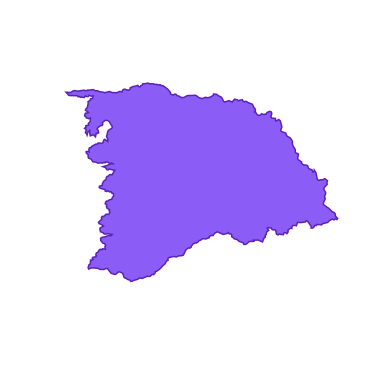 outline of Taguatinga, Tocantins, Brazil, rotated 195°
{"feature_id": "56859067B84121819426000", "entity_name": "Taguatinga", "entity_type": "district", "adm_level": 2, "iso_a3": "BRA", "parent_name": "Brazil", "parent_adm1": "Tocantins", "projection": "mercator", "projection_center": [-46.525, -12.349], "detail": "fine", "context": "isolated", "style": "filled", "palette": "violet", "viewbox_px": 384, "rotation_deg": 195, "n_neighbors": 0, "source": "geoboundaries", "source_scale": "gbopen_adm2", "svg_char_len": 6060}
<svg xmlns="http://www.w3.org/2000/svg" viewBox="0 0 384 384"><g transform="rotate(195 192 192)"><path d="M140.1,288.2L140.7,286.3L143.6,285.3L145.0,285.6L145.7,284.3L146.9,283.4L148.4,283.3L150.5,284.7L151.2,285.7L152.4,285.6L151.8,286.8L152.1,288.0L152.9,289.0L154.3,289.8L155.2,291.2L156.7,292.5L160.6,292.8L163.3,293.6L165.0,292.7L166.5,293.1L167.2,294.2L171.0,292.2L172.1,292.8L174.9,292.7L176.5,289.3L179.8,289.8L183.8,287.4L185.1,287.9L187.3,290.5L188.5,291.3L191.6,291.9L193.2,292.7L195.2,292.5L196.6,292.2L196.3,290.9L199.2,288.2L201.2,287.1L203.4,287.0L206.5,284.8L209.5,284.9L212.8,286.2L214.1,286.2L221.5,283.9L224.4,281.1L227.1,280.5L228.6,281.1L231.5,281.3L232.8,282.3L234.2,282.0L235.2,280.7L238.2,281.1L238.6,282.6L242.1,285.1L247.6,287.2L249.0,286.7L250.0,287.4L252.6,286.7L253.9,286.9L255.4,286.3L257.3,286.5L260.9,285.6L262.7,285.8L266.2,284.1L267.5,284.0L267.8,282.4L268.9,281.5L269.2,280.3L270.7,279.9L272.0,281.0L273.4,279.9L276.5,278.5L277.4,277.5L278.6,276.8L278.4,275.6L279.4,274.0L281.5,273.7L283.3,274.0L284.6,273.5L285.4,272.5L285.5,270.6L287.8,270.5L290.1,268.5L294.8,267.4L297.8,267.7L301.9,265.4L305.4,265.3L306.8,264.9L309.7,265.4L311.2,264.7L313.9,265.4L317.8,263.7L318.9,263.6L319.8,262.6L322.9,262.3L328.3,259.9L331.7,259.6L333.0,258.9L334.9,256.7L339.5,255.8L336.3,253.6L335.0,253.5L327.7,255.3L326.7,254.5L325.6,255.1L324.4,254.6L323.0,255.2L320.6,255.3L319.8,257.2L318.2,256.9L316.9,257.5L316.5,258.7L313.7,258.5L312.3,259.2L312.3,256.5L314.1,255.8L314.3,253.9L315.8,252.4L315.2,250.7L315.0,246.3L315.9,245.0L316.1,243.4L312.6,242.1L313.7,240.9L315.0,240.9L315.6,239.4L315.3,237.7L314.0,237.2L313.3,236.2L310.6,236.1L309.3,237.1L308.6,234.2L309.0,232.7L309.9,231.5L309.1,229.8L311.7,228.6L311.2,227.2L312.3,225.7L310.8,225.2L310.1,224.3L310.4,223.0L310.2,221.6L309.0,221.2L308.1,219.8L308.0,223.2L306.7,225.0L306.0,222.3L304.8,219.9L302.0,221.8L299.5,220.3L299.7,224.0L298.4,224.1L297.5,225.1L298.6,227.3L300.1,228.3L299.5,229.9L297.8,232.2L296.0,233.0L295.7,234.5L296.6,235.7L294.3,238.8L292.2,239.2L290.3,238.7L285.8,234.3L285.9,232.9L288.7,229.9L289.0,228.4L288.9,223.4L286.9,221.0L286.5,219.1L289.9,220.3L290.7,219.3L290.8,216.6L291.8,215.6L295.3,215.1L295.9,213.7L297.3,213.4L300.7,210.1L301.0,208.8L302.5,208.1L302.6,206.2L301.7,204.1L303.3,204.2L304.7,203.6L304.2,202.3L301.9,201.1L301.6,199.4L300.8,198.0L297.8,197.6L295.5,195.5L292.4,196.0L290.3,195.5L287.3,196.7L286.1,196.6L284.7,197.8L283.4,197.7L282.6,199.0L281.2,199.0L278.0,198.1L280.7,195.8L284.6,193.4L282.0,193.2L279.9,191.5L278.7,191.7L277.8,193.0L273.7,192.7L272.3,193.0L273.7,187.8L275.0,187.9L276.3,187.2L277.0,185.6L278.2,185.0L278.5,183.4L278.2,182.0L280.2,179.5L280.7,176.7L280.4,175.1L282.8,173.7L282.9,172.5L281.4,171.8L276.5,171.9L276.1,170.4L274.4,170.4L273.8,171.5L271.6,170.7L270.3,171.4L269.1,170.1L267.7,170.2L266.9,168.6L266.8,167.3L267.5,166.3L267.6,164.2L269.7,163.1L270.9,161.5L272.1,161.2L272.8,159.9L272.8,158.2L270.9,157.6L270.8,155.5L269.7,154.3L267.2,153.6L267.2,152.3L266.2,151.6L266.4,149.1L269.5,148.1L270.5,146.0L272.5,145.1L272.9,143.8L272.1,142.5L274.5,138.5L273.6,137.4L271.6,137.3L268.6,136.2L271.4,133.6L271.4,132.3L270.1,129.9L267.5,129.7L266.1,128.8L264.7,128.9L262.5,130.0L258.1,130.3L258.9,128.9L261.8,128.2L264.3,126.2L266.9,125.1L268.3,123.7L267.6,121.5L264.8,119.5L263.1,119.6L261.5,117.9L262.0,116.6L260.8,114.3L263.9,114.0L264.2,112.7L265.9,112.9L266.9,111.4L267.2,109.7L268.6,108.3L268.7,106.3L267.8,105.6L268.1,104.5L270.9,103.3L271.2,102.1L270.1,101.2L271.1,100.3L272.4,100.0L271.6,96.0L272.7,95.0L272.8,92.1L271.9,90.8L269.5,92.6L267.9,93.1L262.9,94.0L261.4,93.5L259.9,93.6L256.7,94.5L255.6,95.7L253.8,96.1L249.0,92.5L245.1,92.4L244.0,93.2L242.4,95.7L241.0,96.1L238.0,95.6L235.5,91.9L234.2,91.5L233.0,91.6L231.9,90.9L229.2,90.8L228.1,89.8L226.8,90.2L225.6,91.4L221.7,93.7L220.9,95.0L219.4,95.6L217.8,95.6L213.6,98.9L210.7,99.6L209.2,102.1L207.7,102.2L206.6,104.4L206.9,105.6L205.7,106.2L204.0,108.3L202.4,110.5L201.1,113.4L199.5,115.5L198.7,118.7L197.4,119.9L198.1,121.3L197.1,122.8L193.2,124.9L190.1,125.3L188.4,126.8L185.5,127.8L184.0,128.8L182.9,134.5L181.2,137.0L179.8,137.1L178.6,138.3L178.5,139.9L177.3,142.4L175.8,143.6L174.5,143.9L173.1,145.4L172.8,146.9L171.5,147.4L169.6,149.7L166.5,150.2L163.5,152.3L163.8,153.4L162.0,155.1L160.4,155.4L159.5,158.0L157.2,160.1L150.9,159.1L147.6,160.9L146.4,162.2L145.2,161.1L143.8,161.6L142.5,160.8L142.0,159.0L140.3,158.6L139.1,157.7L136.2,157.8L133.7,156.5L129.3,156.2L128.5,154.8L127.1,155.1L125.8,156.0L124.4,158.4L123.2,159.2L119.5,160.4L120.3,161.3L115.7,162.7L111.0,162.0L110.5,166.0L109.5,167.3L110.0,168.9L109.3,170.2L109.6,172.7L107.9,174.9L110.1,176.6L109.3,177.6L107.8,177.3L106.0,177.8L105.2,176.6L103.8,176.4L102.1,177.0L101.1,176.4L99.5,173.1L97.8,172.8L96.7,174.2L95.2,174.0L92.7,174.4L92.6,176.3L91.0,177.0L89.5,176.3L88.8,178.4L89.5,179.7L87.8,182.4L86.1,182.6L86.5,184.0L86.2,185.5L84.3,186.3L82.4,186.4L82.2,189.9L78.7,190.7L74.6,192.5L74.2,193.9L72.7,193.5L71.1,192.3L67.7,189.3L67.6,188.0L66.1,188.4L65.1,189.7L65.0,191.4L63.4,191.6L63.0,193.1L61.7,193.0L60.3,193.6L58.4,193.7L57.7,195.2L53.0,197.7L52.0,199.7L49.6,202.1L47.7,201.8L46.8,203.3L44.9,202.9L44.5,204.2L47.1,205.7L48.1,208.1L49.5,209.0L51.4,209.2L55.6,211.6L61.1,213.5L62.0,214.4L62.3,215.6L61.6,219.3L61.8,220.5L62.8,221.8L62.5,224.7L62.9,226.4L65.1,228.3L65.6,229.5L65.3,230.8L63.4,234.3L64.2,236.6L64.1,238.0L67.2,239.3L69.1,237.5L70.8,237.2L71.9,236.3L73.2,236.1L74.4,237.0L77.2,242.5L79.6,244.8L79.4,243.3L80.3,242.5L81.9,244.5L85.4,244.8L87.2,247.4L89.0,247.5L90.8,247.1L92.4,247.4L93.4,248.0L93.9,249.4L97.9,250.8L98.8,252.0L98.9,256.0L100.0,256.5L101.5,256.5L102.6,257.4L103.3,259.8L106.6,263.0L107.6,264.7L108.0,266.8L109.1,267.9L110.8,269.5L114.9,270.7L116.8,273.2L121.4,273.6L122.4,274.8L122.0,277.5L122.3,278.8L125.2,283.6L127.1,284.5L128.4,282.9L129.5,282.3L130.5,284.7L133.8,284.0L135.2,284.8L135.2,287.8L135.6,289.2L136.5,290.0L137.9,290.0L140.1,288.2ZM278.0,198.1L277.3,199.2L275.8,198.8L278.0,198.1Z" fill="#8b5cf6" stroke="#5b21b6" stroke-width="1.5"/></g></svg>